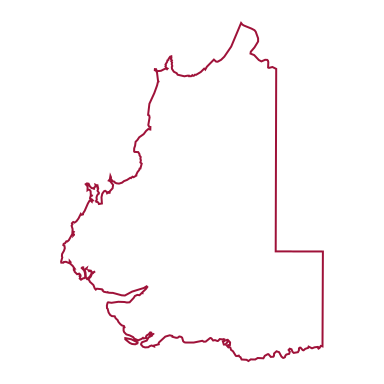 West Daly, Northern Territory, Australia
{"feature_id": "25037944B73531494726593", "entity_name": "West Daly", "entity_type": "district", "adm_level": 2, "iso_a3": "AUS", "parent_name": "Australia", "parent_adm1": "Northern Territory", "projection": "albers", "projection_center": [129.851, -14.087], "detail": "fine", "context": "isolated", "style": "outline", "palette": "rose", "viewbox_px": 384, "rotation_deg": 0, "n_neighbors": 0, "source": "geoboundaries", "source_scale": "gbopen_adm2", "svg_char_len": 5888}
<svg xmlns="http://www.w3.org/2000/svg" viewBox="0 0 384 384"><path d="M276.2,68.9L272.4,67.0L269.0,67.9L268.1,67.5L268.3,62.1L267.9,60.6L267.2,59.9L265.1,59.8L261.4,61.4L258.8,60.0L254.2,55.1L250.5,53.6L250.8,51.7L254.5,47.4L258.1,41.5L258.1,38.3L255.7,31.7L254.5,30.2L251.5,28.6L244.1,25.6L242.4,24.6L241.1,23.0L231.2,46.6L224.3,56.7L221.1,59.8L217.7,61.7L216.1,61.6L213.9,59.6L206.9,66.7L205.3,69.5L204.7,68.7L204.2,68.6L200.8,72.0L196.1,74.8L194.9,74.7L193.9,75.7L192.9,75.8L192.3,75.2L191.1,76.2L189.0,76.2L188.9,75.7L187.4,75.7L184.4,76.3L177.6,74.7L176.7,73.2L173.8,71.7L172.0,68.9L171.8,67.0L172.3,66.0L171.7,64.1L172.1,62.5L171.3,61.3L171.9,60.4L171.1,59.6L171.3,59.0L170.8,58.3L171.4,57.6L171.3,56.3L170.1,56.7L168.6,58.9L168.4,59.9L167.4,60.4L167.2,61.7L165.5,64.5L165.9,65.2L165.4,66.5L166.8,68.3L167.5,68.6L167.0,69.2L166.3,68.5L164.5,69.0L161.0,70.8L157.7,71.1L156.7,70.9L156.1,69.2L154.9,69.1L154.8,70.2L156.1,70.8L157.0,72.5L158.0,80.6L158.5,81.6L157.9,82.0L157.1,85.4L154.3,93.1L149.4,103.8L148.1,114.9L149.2,115.5L149.6,117.4L148.3,125.0L149.2,126.8L150.4,127.0L150.3,129.5L148.3,129.0L146.1,130.9L143.7,134.1L139.2,137.3L137.4,140.0L135.6,141.8L135.1,145.7L134.2,148.3L134.1,151.3L134.5,151.9L138.2,152.1L139.4,154.0L139.6,155.5L140.7,157.0L140.4,158.8L140.9,160.2L140.4,162.5L141.7,163.6L140.4,168.5L139.6,168.6L139.2,170.0L137.5,172.1L136.1,175.1L136.3,175.6L133.6,177.2L132.5,176.7L131.0,178.1L130.3,177.8L127.1,179.9L124.0,181.1L122.0,182.7L119.0,183.6L116.5,183.3L114.8,182.5L114.4,181.7L112.6,181.2L110.8,178.7L111.0,177.3L110.4,175.9L109.9,179.1L108.8,180.6L110.1,181.1L113.1,184.9L112.6,188.3L109.9,191.2L109.6,192.8L108.7,192.8L108.8,192.0L108.4,192.0L107.1,193.2L106.5,191.7L105.1,190.8L104.0,191.3L102.3,193.7L101.5,197.2L101.9,203.5L98.9,204.0L98.3,202.6L97.4,201.9L96.4,201.9L96.0,201.0L96.8,199.6L96.5,197.7L96.9,196.0L97.8,194.3L98.8,193.7L98.9,192.8L97.5,190.8L98.2,188.5L97.6,186.0L97.3,186.4L97.2,185.6L95.4,184.7L95.5,185.3L96.2,185.3L96.0,185.9L93.9,187.9L94.1,188.8L93.6,189.5L93.8,188.3L91.6,188.1L89.9,186.4L88.6,183.7L86.9,183.4L85.7,184.2L86.6,185.3L86.7,184.8L87.0,184.9L87.6,186.0L87.5,190.2L88.3,189.6L89.6,189.9L90.6,191.2L90.8,195.1L91.9,195.5L91.3,196.5L91.5,195.8L90.7,195.8L90.0,198.2L90.6,199.0L91.7,199.8L91.7,199.4L92.1,199.6L92.8,200.4L92.0,200.5L91.8,201.7L90.5,200.5L89.6,200.6L87.9,203.5L84.7,210.8L83.1,213.3L83.0,214.4L81.6,214.8L80.8,213.9L78.5,218.5L76.4,221.3L74.5,222.6L73.2,222.0L71.9,223.3L72.4,224.4L71.6,225.7L72.6,229.1L72.4,232.4L73.3,231.6L73.8,231.9L73.0,233.0L73.4,234.2L74.0,234.5L74.0,234.8L73.7,235.1L73.8,234.7L72.2,234.2L68.8,240.2L67.3,241.5L66.4,241.3L65.0,243.3L63.7,243.8L63.3,245.1L64.5,246.0L64.8,248.2L64.0,250.7L62.1,254.0L61.9,256.2L62.3,257.4L61.1,261.7L61.3,262.7L63.4,262.7L63.9,262.0L65.9,261.8L69.7,263.3L70.5,262.3L69.7,261.5L69.7,261.1L70.6,262.2L70.2,263.6L72.7,265.9L74.3,268.2L73.8,268.1L73.8,270.0L74.2,270.6L74.5,270.4L74.7,271.8L77.1,274.2L79.2,273.6L79.5,273.9L78.9,274.2L79.8,275.1L80.2,274.9L80.5,275.2L80.6,276.0L79.7,276.5L80.3,278.0L79.8,278.6L81.0,279.7L83.2,278.3L84.2,278.2L85.3,276.8L84.9,272.7L84.1,270.4L81.1,267.4L82.8,268.4L83.3,266.4L83.1,268.5L84.4,269.9L86.7,268.1L86.5,268.8L85.0,269.6L84.7,270.1L85.5,272.6L85.9,277.7L86.9,278.9L89.8,276.7L91.9,272.7L90.4,270.9L89.1,271.2L88.5,270.3L90.9,270.7L92.3,272.8L95.1,271.4L93.2,272.7L93.9,273.3L92.9,272.9L92.1,273.4L90.7,276.7L88.1,279.4L89.3,280.3L89.8,281.7L93.4,285.0L94.8,288.5L95.8,289.6L96.9,288.7L102.0,289.3L102.7,290.0L102.6,290.6L104.0,291.8L107.0,292.4L107.7,292.1L108.1,292.6L109.7,292.8L112.9,292.9L121.7,295.3L124.9,295.5L132.1,291.6L143.8,288.0L146.6,286.3L147.3,287.0L145.8,289.1L142.5,292.2L142.5,293.2L141.6,293.1L139.5,295.2L137.3,294.9L134.9,296.0L133.7,297.9L129.6,302.3L126.9,302.5L124.4,302.0L118.3,301.8L111.5,302.8L108.1,302.3L107.5,303.0L106.9,305.5L107.0,308.2L107.6,308.7L108.6,312.5L110.2,315.0L111.9,316.1L114.7,316.3L115.6,318.2L117.7,320.2L118.3,321.7L120.0,323.8L121.7,325.3L124.0,326.1L124.5,327.4L123.6,327.9L123.6,330.7L124.2,332.2L126.3,334.4L129.7,335.4L133.1,337.1L134.4,338.7L138.1,340.3L141.6,338.9L143.0,337.8L143.6,338.4L146.3,338.0L146.0,336.8L146.6,335.5L148.6,334.3L150.2,332.4L151.1,332.6L150.8,333.8L151.6,334.6L153.1,333.9L153.5,333.2L153.4,333.9L152.6,334.3L152.2,335.1L150.2,335.1L149.7,336.2L150.5,336.4L148.6,337.4L146.7,340.6L142.1,342.2L141.2,343.6L141.1,344.6L142.9,346.7L145.1,347.4L148.3,347.2L149.8,346.1L151.6,345.5L154.0,346.4L153.8,345.6L158.7,344.3L158.5,343.6L159.0,342.4L165.3,336.6L169.7,335.3L172.3,335.9L172.4,336.8L176.2,337.8L177.7,337.7L179.3,336.5L180.9,336.8L182.1,337.6L183.2,341.3L184.4,342.3L185.5,342.5L193.9,342.5L202.3,340.8L203.8,341.7L205.7,341.6L209.9,338.2L210.7,338.0L211.5,338.5L213.1,340.5L215.0,340.1L217.4,341.0L218.2,340.8L219.7,339.1L222.6,339.4L223.7,339.1L224.7,339.5L225.0,340.2L224.8,340.8L222.9,341.5L223.8,344.5L225.4,344.5L227.8,341.8L226.9,340.4L227.0,339.9L227.7,339.8L229.8,342.0L230.1,342.6L229.9,345.0L228.1,345.1L227.0,345.8L228.4,347.4L229.3,347.0L230.3,347.5L231.0,349.8L233.0,351.3L235.8,355.8L237.0,356.1L238.8,355.6L239.3,356.5L240.5,357.2L241.6,359.5L246.6,359.8L248.4,361.0L250.7,359.4L255.2,359.5L257.7,358.0L263.4,358.3L264.8,355.8L267.7,354.2L268.5,354.2L270.8,356.9L273.4,356.7L274.0,355.7L274.1,353.5L276.5,351.3L279.1,352.2L281.4,356.5L282.9,357.8L283.6,357.9L284.9,357.2L285.4,355.6L286.4,354.5L289.2,353.8L289.8,351.7L288.6,350.0L289.7,348.7L291.5,349.3L292.5,351.8L293.7,352.9L297.9,352.2L298.9,350.4L299.0,348.3L299.7,347.7L300.6,347.7L302.7,350.1L303.6,350.3L305.3,348.8L308.1,347.9L308.6,346.6L312.0,348.3L314.6,347.3L317.9,346.9L318.2,347.1L318.1,348.0L318.5,348.6L319.4,348.1L320.8,345.9L322.5,346.4L322.9,251.5L275.7,251.4L276.2,68.9ZM129.7,342.9L132.1,344.0L135.2,344.3L137.4,343.4L137.6,342.4L131.4,339.3L125.3,338.1L125.3,339.3L129.7,342.9Z" fill="none" stroke="#9f1239" stroke-width="2"/></svg>